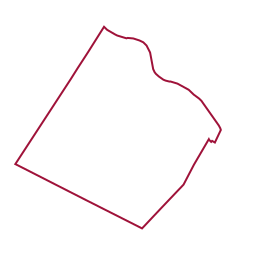 Ohio, West Virginia, United States of America, rotated 117°
{"feature_id": "52423323B20153460814432", "entity_name": "Ohio", "entity_type": "district", "adm_level": 2, "iso_a3": "USA", "parent_name": "United States of America", "parent_adm1": "West Virginia", "projection": "orthographic", "projection_center": [-80.674, 40.101], "detail": "fine", "context": "isolated", "style": "outline", "palette": "rose", "viewbox_px": 256, "rotation_deg": 117, "n_neighbors": 0, "source": "geoboundaries", "source_scale": "gbopen_adm2", "svg_char_len": 680}
<svg xmlns="http://www.w3.org/2000/svg" viewBox="0 0 256 256"><g transform="rotate(117 128 128)"><path d="M211.3,212.0L211.3,151.9L211.3,150.8L211.3,133.2L211.1,69.9L185.1,62.3L153.2,52.8L130.8,52.6L101.3,50.9L101.7,50.4L102.6,47.6L101.3,47.2L101.5,44.0L87.8,44.4L87.6,44.4L86.3,45.7L84.5,48.3L71.8,72.4L70.5,74.8L69.5,78.0L68.4,84.6L66.4,91.2L66.0,104.1L67.3,111.3L67.8,112.1L68.7,116.0L68.9,118.4L68.1,123.9L67.1,127.7L66.2,129.6L64.1,132.3L50.7,142.6L46.1,148.9L44.7,153.3L44.8,157.5L45.8,163.9L47.9,169.2L48.8,170.1L50.5,179.6L50.5,182.1L50.1,189.5L50.0,191.2L48.7,195.3L78.3,198.0L97.3,200.0L110.4,201.2L211.3,212.0Z" fill="none" stroke="#9f1239" stroke-width="2"/></g></svg>